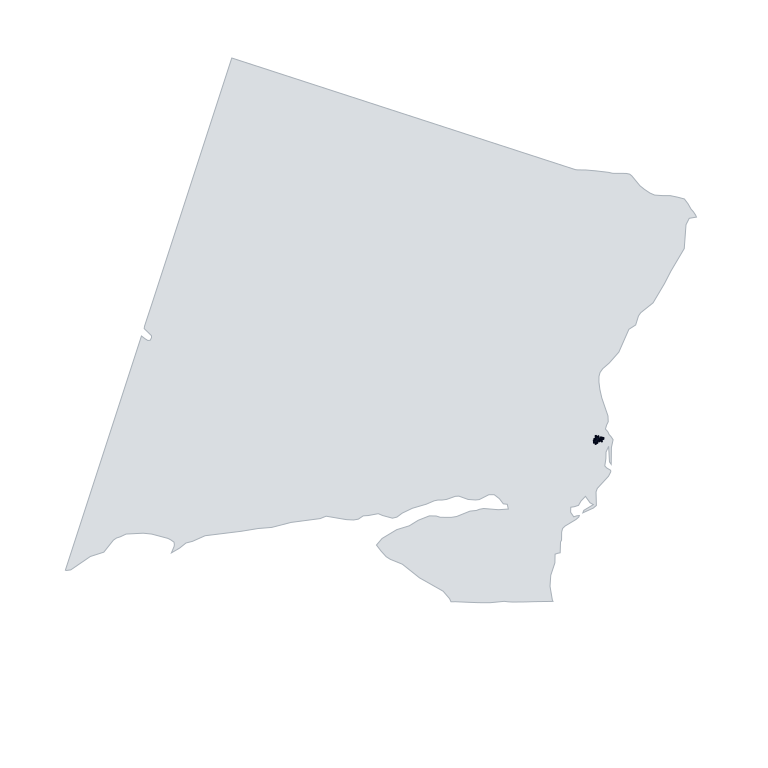 Al-Mahmudiyya, Al Buhayrah, Egypt (highlighted), rotated 108°
{"feature_id": "37247803B49167572517761", "entity_name": "Al-Mahmudiyya", "entity_type": "district", "adm_level": 2, "iso_a3": "EGY", "parent_name": "Egypt", "parent_adm1": "Al Buhayrah", "projection": "mercator", "projection_center": [30.503, 31.197], "detail": "fine", "context": "in_parent", "style": "filled", "palette": "ink", "viewbox_px": 768, "rotation_deg": 108, "n_neighbors": 0, "source": "geoboundaries", "source_scale": "gbopen_adm2", "svg_char_len": 5573}
<svg xmlns="http://www.w3.org/2000/svg" viewBox="0 0 768 768"><g transform="rotate(108 384 384)"><path d="M659.5,629.5L644.7,629.5L629.8,629.5L614.9,629.5L600.1,629.5L585.2,629.5L570.4,629.5L555.5,629.5L540.7,629.5L525.8,629.5L510.9,629.5L496.1,629.5L481.2,629.5L466.4,629.5L451.5,629.5L436.6,629.5L421.8,629.5L413.3,629.5L414.8,625.2L415.6,622.1L414.7,619.9L411.8,619.4L409.9,620.1L405.4,629.2L403.1,629.6L397.8,629.6L380.5,629.5L363.2,629.5L345.9,629.5L328.6,629.5L311.3,629.5L294.0,629.5L276.7,629.5L259.4,629.5L242.1,629.5L224.8,629.5L207.5,629.5L190.2,629.5L172.9,629.5L155.6,629.5L138.3,629.5L121.0,629.5L121.0,618.5L121.0,607.5L121.0,596.5L121.0,585.5L121.0,574.4L121.0,563.4L121.0,552.3L121.0,541.2L121.0,530.1L121.0,518.9L121.0,507.8L121.0,496.6L121.0,485.4L121.0,474.1L121.0,462.9L121.0,451.6L121.0,440.4L121.0,429.0L121.0,417.7L121.0,406.4L121.0,395.0L121.0,383.6L121.0,372.2L121.0,360.7L121.0,349.3L121.0,337.8L121.0,326.3L121.0,314.7L121.0,303.2L121.0,291.6L121.0,280.0L121.0,268.3L120.6,266.2L118.1,258.2L115.8,248.2L113.3,235.7L113.0,231.7L108.9,218.8L108.5,215.2L109.5,212.6L116.4,201.8L118.4,196.5L120.2,190.1L120.7,185.0L118.7,177.1L116.4,169.9L115.6,162.6L115.2,155.5L118.7,150.5L122.9,145.9L124.5,143.1L127.0,139.9L128.7,138.4L132.1,144.9L139.2,146.0L162.4,140.3L187.9,146.0L202.0,148.3L223.7,153.2L236.9,161.9L240.6,163.0L250.1,162.9L256.3,168.0L281.1,170.5L294.3,176.2L301.8,180.7L306.3,182.1L310.3,181.9L315.7,180.2L322.5,177.0L329.9,172.6L345.2,161.1L350.6,159.1L354.1,159.6L358.4,159.5L360.2,156.4L362.5,154.3L363.9,151.8L366.2,148.9L374.2,148.1L390.2,143.1L388.4,145.5L373.8,151.1L380.1,151.8L386.5,149.9L393.7,148.7L395.0,146.3L396.0,141.8L397.4,141.2L402.4,142.0L417.4,148.9L421.1,149.0L431.6,145.3L433.9,144.5L437.3,146.6L445.1,155.1L442.4,154.9L434.0,147.6L433.3,151.3L428.6,157.7L434.5,160.5L439.3,161.5L441.9,165.1L443.5,168.3L448.3,166.9L451.7,162.5L449.9,160.1L448.7,157.6L450.3,157.6L453.6,159.6L463.0,167.8L466.2,169.5L469.9,169.3L477.6,166.9L479.7,167.3L490.1,164.3L491.3,166.5L493.0,168.7L501.3,166.2L514.4,166.3L525.1,163.6L537.5,157.1L538.5,156.1L539.1,157.7L540.6,162.2L544.4,173.4L547.6,182.3L551.7,194.5L552.9,199.1L553.5,202.4L559.3,215.7L562.8,226.7L565.3,235.5L568.9,248.5L570.4,253.0L567.9,255.3L562.8,263.7L557.4,290.3L549.7,310.9L548.8,323.8L547.6,328.5L543.9,335.0L539.5,341.4L531.5,338.1L518.6,326.9L511.1,316.2L503.0,309.3L495.4,300.1L493.4,293.5L493.4,289.3L490.1,278.9L487.6,274.0L478.3,262.9L475.7,257.0L473.6,254.4L471.6,250.7L468.2,236.3L464.5,227.1L460.3,229.6L461.1,233.5L457.4,238.8L455.2,245.0L456.9,250.1L464.5,257.7L466.0,261.1L467.8,268.3L467.5,278.2L468.8,281.5L474.4,288.8L476.5,293.1L477.7,296.9L479.6,300.2L485.2,306.6L493.4,318.6L501.1,326.7L506.6,330.6L509.0,334.5L509.5,344.6L509.1,349.4L514.0,358.4L515.8,363.0L520.5,366.7L522.7,370.9L524.6,377.8L527.6,398.2L531.7,403.1L544.4,429.7L555.1,446.5L560.3,459.0L568.1,474.1L583.6,507.3L592.8,517.5L596.4,523.2L603.1,527.6L610.3,534.0L603.4,533.4L601.7,533.7L599.3,534.8L598.1,538.7L597.6,541.8L598.5,558.5L600.3,566.9L606.4,582.9L610.9,587.7L613.1,590.8L616.1,593.1L630.5,598.5L638.8,610.0L657.6,624.5L659.5,628.5L659.5,629.5Z" fill="#d9dde1" stroke="#a8b0b8" stroke-width="1"/><path d="M367.9,166.9L368.0,166.9L368.6,166.7L369.0,166.5L369.1,166.4L369.3,166.4L369.5,166.2L369.8,166.1L370.0,166.1L370.3,165.8L370.5,165.8L370.7,166.0L370.8,166.1L371.0,165.9L371.5,165.2L371.8,165.3L372.0,165.5L371.9,165.8L371.7,166.0L371.4,166.2L371.3,166.3L371.2,166.4L371.0,166.5L370.9,166.5L370.9,166.8L371.1,167.0L371.3,167.3L371.5,167.3L371.6,167.2L371.9,166.9L372.0,166.8L372.1,166.7L372.3,166.6L372.5,166.5L372.8,166.9L372.9,167.0L373.0,167.2L373.3,167.1L373.5,166.9L373.9,166.6L374.0,166.6L374.3,166.4L374.4,166.5L374.5,166.6L374.8,166.5L375.0,166.4L375.2,166.2L375.3,166.1L375.3,165.9L375.2,165.8L375.1,165.7L374.9,165.6L374.6,165.6L374.6,165.4L374.5,165.2L374.4,165.0L374.3,164.9L374.2,164.8L374.2,164.7L374.2,164.4L374.4,164.3L374.5,164.3L374.8,164.3L375.0,164.3L375.1,164.2L375.3,164.2L375.6,164.1L375.8,164.1L375.7,163.9L375.4,163.8L375.2,163.7L374.9,163.6L374.8,163.4L374.6,163.3L374.5,163.1L374.4,162.9L374.2,162.7L373.8,162.6L373.7,162.6L373.4,162.8L373.2,163.1L373.0,163.3L372.7,163.3L372.4,163.3L372.1,163.2L372.0,162.9L372.0,162.7L371.9,162.6L371.9,162.2L372.0,162.0L372.1,161.7L372.1,161.4L372.1,161.2L371.9,161.1L371.7,161.2L371.4,161.2L371.1,161.1L371.0,160.9L370.9,160.9L370.8,160.7L370.8,160.4L370.9,160.2L371.0,160.0L371.0,159.9L371.2,159.7L371.3,159.5L371.4,159.4L371.5,159.3L371.6,159.2L371.5,158.9L371.4,158.9L371.2,158.8L371.0,159.0L370.9,159.1L370.7,159.2L370.6,159.3L370.4,159.3L370.2,159.4L370.0,159.5L369.9,159.5L369.7,159.6L369.4,159.2L369.2,158.9L368.8,158.4L368.7,158.3L368.6,158.2L368.4,158.1L368.2,158.2L367.9,158.3L367.7,158.3L367.5,158.5L367.3,158.5L367.3,159.0L367.4,159.3L367.5,159.8L367.5,160.0L367.4,160.0L367.4,160.3L367.4,160.5L367.5,160.7L367.5,160.8L367.6,161.0L367.5,161.3L367.8,161.4L368.0,161.3L368.2,161.2L368.3,161.1L368.4,160.9L368.6,160.9L368.8,160.8L369.0,160.8L369.4,160.9L369.4,161.0L369.5,161.0L369.8,161.3L369.9,161.5L370.0,161.5L370.3,161.6L370.5,161.6L370.8,161.6L371.0,161.7L371.0,161.8L371.3,162.0L371.2,162.1L370.9,162.1L370.7,162.0L370.4,162.0L370.2,162.0L370.1,161.9L370.0,162.0L369.9,162.0L369.5,162.4L368.9,162.7L368.4,163.1L367.4,163.7L367.3,163.8L367.2,163.9L367.3,164.0L367.5,164.2L367.7,164.3L367.8,164.4L367.9,164.5L368.0,164.6L368.2,164.8L368.3,164.9L368.3,165.0L367.8,165.9L367.7,166.0L367.6,166.3L367.8,166.6L367.9,166.8L367.9,166.9Z" fill="#0f172a" stroke="#020617" stroke-width="1.5"/></g></svg>